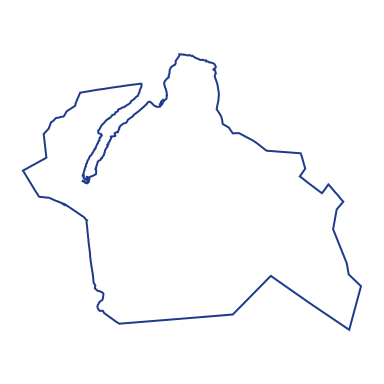 Omasvuotna sme 2, Troms, Norway (Mercator projection)
{"feature_id": "86288312B64496782861055", "entity_name": "Omasvuotna sme 2", "entity_type": "district", "adm_level": 2, "iso_a3": "NOR", "parent_name": "Norway", "parent_adm1": "Troms", "projection": "mercator", "projection_center": [20.196, 69.248], "detail": "fine", "context": "isolated", "style": "outline", "palette": "blue", "viewbox_px": 384, "rotation_deg": 0, "n_neighbors": 0, "source": "geoboundaries", "source_scale": "gbopen_adm2", "svg_char_len": 5795}
<svg xmlns="http://www.w3.org/2000/svg" viewBox="0 0 384 384"><path d="M23.0,170.6L36.0,192.0L37.1,193.6L37.5,194.0L37.7,194.5L38.8,196.4L39.2,196.8L49.2,197.8L56.3,201.0L57.2,201.2L64.5,204.2L64.4,204.4L64.5,204.4L64.5,204.6L64.2,204.7L65.0,205.1L65.2,204.5L67.8,206.2L84.3,217.4L86.4,220.2L87.0,220.3L86.6,221.1L86.7,223.8L87.1,226.2L87.2,228.4L87.7,233.1L87.9,234.9L88.0,236.5L88.4,239.5L88.5,241.5L90.0,253.2L90.1,255.6L90.2,257.2L90.6,259.7L90.6,260.9L91.1,263.2L91.2,264.6L91.4,265.5L91.5,266.9L91.7,267.6L91.8,268.5L92.2,270.3L92.2,271.1L92.7,273.4L92.8,274.6L92.9,275.2L92.9,276.1L93.3,278.2L93.3,279.9L93.5,281.1L93.6,282.2L94.2,283.8L95.1,284.9L95.4,285.5L94.9,287.5L94.9,288.5L96.1,289.4L97.6,290.8L99.2,291.1L100.7,291.6L102.2,292.5L103.2,293.2L103.4,293.7L103.5,294.2L102.8,298.7L102.4,299.9L99.5,301.9L98.5,304.0L97.7,305.2L97.5,305.9L97.4,306.6L97.5,307.1L97.8,308.2L98.3,308.9L98.7,309.8L99.6,310.8L101.4,310.9L102.2,310.7L102.8,310.8L104.2,313.1L115.8,321.5L119.3,323.7L175.3,319.2L232.8,314.5L270.8,275.9L308.5,302.3L349.2,329.8L361.0,286.2L348.7,274.4L346.7,263.1L333.1,229.2L336.7,209.4L343.3,201.7L341.2,199.4L338.0,195.3L334.4,191.4L332.5,189.0L328.4,184.4L327.0,186.4L325.0,189.2L323.1,191.8L321.9,193.2L307.0,182.0L301.8,177.8L299.8,176.4L305.2,168.7L302.0,157.2L300.7,153.3L266.5,150.7L256.9,143.2L253.1,140.6L238.9,133.1L232.7,133.3L228.8,127.5L222.7,124.0L222.2,120.3L221.4,116.9L219.8,113.9L216.6,109.2L218.3,100.8L218.5,99.1L218.9,94.1L218.3,89.7L217.3,83.8L217.0,83.1L216.7,82.0L216.2,80.7L216.0,80.0L215.7,79.3L214.7,76.5L214.9,75.5L214.9,74.9L215.1,74.5L215.5,74.2L215.8,73.4L215.5,72.7L215.6,72.4L215.3,71.6L215.2,70.6L215.1,70.4L214.7,70.1L213.5,69.8L213.5,69.7L213.5,69.3L213.7,69.0L214.5,68.8L215.2,68.0L215.7,67.6L215.8,67.2L215.8,66.8L215.3,65.7L214.6,64.3L214.0,63.7L211.3,62.6L209.3,62.4L208.3,61.6L206.2,61.4L206.2,61.2L206.3,60.6L206.1,60.4L205.7,60.5L204.1,60.3L202.8,59.7L201.3,60.0L200.1,59.9L198.2,58.9L195.2,57.7L193.3,56.3L192.5,56.1L192.2,55.7L191.5,55.9L190.0,55.4L189.6,55.1L189.2,55.0L187.8,55.5L186.1,55.1L185.5,54.7L183.8,54.8L183.2,54.5L181.8,54.5L180.6,54.2L179.9,54.4L179.4,54.3L179.5,55.3L177.8,58.0L175.7,60.8L175.7,63.0L175.1,64.7L174.1,65.0L171.2,67.1L170.4,68.4L169.7,70.2L169.5,72.0L169.6,73.4L169.3,73.8L168.8,75.4L168.5,76.1L168.9,77.1L166.4,79.2L165.1,80.9L164.3,82.2L164.1,83.7L164.7,85.8L165.1,87.6L165.6,88.4L166.4,91.2L167.0,95.4L166.6,95.6L166.7,97.6L166.3,99.0L164.8,99.9L163.8,101.2L163.7,100.1L163.1,99.8L162.3,100.8L161.2,101.4L160.6,103.1L161.4,103.8L162.1,103.2L162.5,103.7L161.9,104.3L161.5,105.0L160.0,104.7L160.4,106.0L159.9,106.8L158.9,106.7L157.0,106.9L155.5,106.1L154.4,105.8L151.4,102.8L150.0,101.7L148.4,101.9L146.8,103.7L146.6,104.3L146.0,104.6L144.1,106.5L138.1,111.7L133.5,115.0L133.3,115.9L128.1,119.6L127.6,120.3L127.4,121.0L126.8,121.8L126.3,122.7L123.2,123.7L121.7,124.9L120.5,125.6L120.2,126.4L119.5,127.2L119.1,127.8L119.1,128.3L119.3,128.7L118.1,131.1L118.0,131.9L117.8,132.3L117.3,132.4L116.5,132.2L115.5,132.7L114.6,133.3L115.0,134.8L115.3,135.5L115.2,136.0L113.6,136.3L113.1,136.2L112.5,136.5L111.1,136.4L110.8,136.6L111.3,137.5L111.0,138.0L111.0,138.7L110.2,139.6L110.1,140.4L109.7,141.0L109.6,141.5L109.0,142.0L108.8,142.3L108.4,142.6L108.6,143.9L108.4,144.2L107.7,144.3L107.2,145.0L107.6,145.6L107.7,146.1L107.7,146.4L106.9,147.2L106.2,148.4L104.9,150.7L104.9,151.9L104.3,153.2L104.2,154.0L103.7,155.4L103.2,155.8L102.8,156.4L102.5,156.8L102.0,158.1L101.4,158.1L101.1,158.3L100.8,159.3L100.6,159.8L98.4,161.0L97.5,162.3L97.3,163.4L96.8,165.2L96.4,166.0L96.4,166.7L96.3,167.1L95.9,167.5L96.0,168.4L95.5,168.9L95.7,169.4L96.0,169.8L95.9,169.9L95.6,169.7L95.6,169.8L96.1,170.3L96.2,170.9L96.1,173.2L95.9,173.7L95.9,174.2L92.7,175.9L90.1,176.8L89.5,177.2L89.5,177.5L88.5,177.4L86.7,176.8L86.6,177.0L86.5,177.4L87.3,178.1L88.3,178.2L89.3,178.9L89.4,179.4L88.6,180.1L89.0,180.7L88.9,181.5L88.5,182.4L87.6,182.9L87.3,183.3L86.9,183.3L85.9,182.9L85.1,182.7L84.0,181.7L82.7,181.2L82.9,180.8L83.4,180.9L84.8,181.4L85.8,182.4L87.6,182.5L88.2,182.1L88.5,181.6L88.5,181.2L88.4,180.9L88.2,180.6L87.3,180.4L87.0,179.7L85.3,179.2L83.9,178.5L83.8,177.7L83.4,177.2L83.6,176.7L83.8,176.2L83.8,175.7L83.2,175.9L82.7,175.7L82.9,174.8L83.3,174.2L83.7,173.2L83.8,172.2L84.1,171.2L84.4,170.2L84.8,169.3L84.8,168.5L85.2,167.9L85.2,167.5L85.3,167.0L86.0,166.2L85.8,165.6L86.0,164.6L86.5,163.6L87.0,163.1L87.1,162.3L87.2,161.5L87.7,160.5L88.7,159.1L88.9,158.4L89.8,156.4L90.2,155.9L90.7,155.7L92.0,154.0L92.1,153.5L93.1,152.2L93.8,150.5L94.5,149.7L94.6,149.1L95.1,149.0L95.2,148.4L95.4,148.2L95.7,148.1L95.7,147.4L96.4,146.0L97.0,144.4L97.3,143.8L97.9,143.4L98.1,142.6L98.2,141.8L98.5,141.1L99.3,140.8L99.5,140.3L99.4,139.4L99.4,138.9L99.6,138.4L99.7,137.8L99.9,137.6L100.5,137.6L100.6,137.4L100.7,136.5L101.2,135.8L101.8,135.6L101.8,135.4L101.5,134.6L100.8,133.9L99.1,133.5L98.5,133.1L98.3,132.6L98.1,131.2L98.3,130.5L98.9,130.0L99.1,129.7L99.4,129.4L100.1,128.0L101.2,126.2L101.4,125.5L102.0,125.0L102.5,124.4L104.3,122.6L106.0,120.5L108.0,119.0L108.8,118.7L109.2,118.0L110.1,117.8L110.8,117.0L111.6,116.3L111.9,115.5L112.3,115.0L114.5,114.4L115.0,114.0L115.3,113.4L115.5,112.4L115.9,112.1L116.8,111.9L118.0,111.0L118.1,110.8L118.1,109.7L118.4,109.4L118.9,109.1L119.8,109.0L122.2,107.6L123.4,107.2L124.2,107.1L125.0,106.3L125.7,106.1L127.3,104.8L128.8,104.2L129.6,103.3L130.4,102.9L131.2,101.0L133.6,99.5L136.5,96.6L137.1,96.2L137.8,96.0L138.9,93.1L139.6,91.9L139.7,90.5L141.4,86.6L141.6,84.1L141.2,83.7L140.8,83.7L127.8,85.3L121.4,86.3L113.3,87.4L104.4,88.8L97.2,89.8L80.9,92.6L80.2,92.6L77.3,99.3L75.5,103.8L75.3,105.7L66.7,111.3L64.0,116.0L63.4,116.6L60.4,117.0L59.3,117.5L56.0,118.0L52.7,121.4L51.3,122.0L51.0,122.4L48.7,128.6L43.7,134.0L46.4,157.7L23.0,170.6Z" fill="none" stroke="#1e3a8a" stroke-width="2"/></svg>